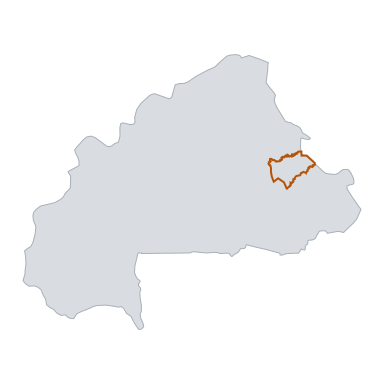 Komonjdjari, Komondjari, Burkina Faso (highlighted)
{"feature_id": "67063806B37049013397139", "entity_name": "Komonjdjari", "entity_type": "district", "adm_level": 2, "iso_a3": "BFA", "parent_name": "Burkina Faso", "parent_adm1": "Komondjari", "projection": "robinson", "projection_center": [0.756, 12.703], "detail": "fine", "context": "in_parent", "style": "outline", "palette": "amber", "viewbox_px": 384, "rotation_deg": 0, "n_neighbors": 0, "source": "geoboundaries", "source_scale": "gbopen_adm2", "svg_char_len": 7726}
<svg xmlns="http://www.w3.org/2000/svg" viewBox="0 0 384 384"><path d="M297.5,253.1L286.5,253.6L282.5,255.0L280.1,255.0L280.0,253.9L279.7,253.2L265.8,249.4L256.1,247.2L246.2,244.7L245.7,247.0L244.3,248.5L242.1,248.7L240.7,248.3L239.7,250.1L238.0,252.5L235.7,253.6L233.5,255.1L232.2,256.4L231.3,256.4L229.1,253.4L226.1,253.1L220.5,253.6L218.0,252.7L214.5,252.3L206.4,253.0L193.4,251.7L191.3,252.4L190.7,252.9L177.9,253.1L163.7,253.2L151.9,253.4L141.5,253.5L141.5,253.0L138.2,252.9L137.8,253.9L134.9,266.0L134.5,272.6L136.1,276.7L137.8,279.3L139.8,280.4L140.0,281.9L138.4,283.8L138.5,285.7L140.3,287.7L140.8,289.9L139.8,292.1L140.1,297.4L141.4,305.8L141.4,311.3L140.1,313.8L140.7,318.0L143.3,324.1L143.7,326.6L142.8,327.8L140.7,329.4L138.5,329.3L136.1,325.7L135.0,324.0L132.9,320.3L131.2,316.6L128.9,315.0L126.7,313.5L123.9,308.8L121.2,306.5L118.4,307.2L114.3,306.3L105.9,305.1L97.0,305.5L93.2,306.5L89.6,308.3L80.3,312.0L76.6,313.9L73.8,318.6L70.6,318.5L67.5,317.0L65.5,314.9L61.2,315.4L57.1,313.3L53.2,309.1L50.3,307.8L46.6,304.8L45.6,299.2L43.2,295.2L41.1,289.7L37.9,287.2L34.2,285.9L29.0,286.2L25.7,284.0L23.0,280.7L23.8,277.9L25.0,274.0L25.1,270.1L26.0,263.9L25.5,256.2L24.6,250.8L27.5,248.5L30.8,246.5L32.8,242.8L35.0,234.6L35.9,227.4L35.3,224.8L34.2,222.7L33.3,219.6L32.9,215.9L33.5,212.6L36.0,209.5L39.1,207.0L41.3,205.8L47.1,204.5L54.5,202.7L58.7,200.5L61.8,198.4L63.5,196.7L65.2,193.2L68.1,190.5L70.3,187.8L70.6,180.2L70.6,175.9L69.0,173.6L68.1,171.5L79.0,165.6L79.1,161.5L77.6,156.8L75.5,153.1L74.7,149.8L77.7,146.0L80.4,143.2L82.3,140.7L86.6,137.0L91.0,136.1L95.0,137.5L106.8,146.2L108.9,146.7L111.3,146.1L114.4,143.8L118.5,142.0L120.0,136.1L119.9,127.5L120.8,123.6L123.0,122.9L129.8,124.5L131.5,124.6L133.5,124.1L134.9,122.6L134.9,119.8L134.6,117.4L136.8,109.4L140.9,103.4L149.1,95.9L151.6,94.4L154.6,93.7L169.2,98.8L171.6,97.5L175.2,84.8L179.2,83.6L184.0,83.4L187.1,82.3L188.7,81.4L195.6,76.6L207.9,70.0L214.5,67.2L215.8,66.1L220.6,61.4L226.8,56.1L230.8,55.0L236.4,54.6L239.9,55.5L240.8,57.0L241.9,57.8L249.1,55.5L259.5,59.1L268.4,62.7L267.8,65.0L267.8,69.0L267.0,75.3L266.1,82.8L269.8,87.7L274.2,93.0L275.4,95.1L274.2,100.2L275.0,103.3L277.4,108.4L281.4,114.8L285.4,121.4L288.3,122.3L291.0,122.8L292.6,124.0L295.0,125.2L297.3,125.9L299.4,127.4L300.7,128.8L302.5,132.9L307.1,135.6L310.3,138.2L309.0,139.6L305.0,139.0L301.2,137.9L300.7,139.8L300.5,147.3L301.2,153.6L302.0,154.4L305.8,155.6L314.9,163.7L323.0,171.3L325.8,173.3L330.3,174.1L335.4,174.4L337.5,173.7L342.4,169.8L345.1,169.4L347.5,169.5L348.8,170.1L351.1,173.3L353.3,178.0L354.0,181.6L353.8,183.4L353.0,184.2L349.0,185.1L347.3,185.8L346.8,186.8L347.4,189.2L348.2,190.7L352.6,197.6L359.0,206.8L361.0,209.2L359.9,212.0L356.6,219.2L354.2,222.2L343.6,232.5L338.3,231.3L327.3,233.3L325.7,231.0L323.1,230.7L319.9,231.1L318.8,232.0L318.4,233.0L317.3,234.4L315.3,238.5L313.7,239.5L311.7,240.1L309.3,240.1L307.9,240.6L307.9,242.6L307.5,244.3L305.9,245.2L305.2,247.2L305.3,249.1L304.4,250.0L302.3,249.5L301.1,249.0L299.9,251.5L298.5,253.2L297.5,253.1Z" fill="#d9dde1" stroke="#a8b0b8" stroke-width="1"/><path d="M273.8,181.7L278.1,178.3L284.0,182.4L286.7,188.6L286.8,188.7L287.0,188.7L287.1,188.4L287.0,188.2L287.3,188.1L287.5,188.0L287.7,187.8L287.9,187.6L288.1,187.4L288.3,187.3L288.5,187.3L288.7,187.2L288.8,187.0L288.9,186.9L289.0,186.7L289.3,186.5L289.5,186.0L289.7,185.9L290.0,185.6L290.3,185.7L290.4,185.1L290.5,185.1L290.5,184.9L290.5,184.7L290.5,184.4L290.5,184.2L290.7,184.5L290.8,184.5L290.9,184.3L290.8,183.8L290.8,183.7L291.1,183.7L291.2,183.1L291.3,183.2L291.8,183.1L292.1,182.8L292.1,182.6L292.2,182.2L292.3,182.1L292.6,182.1L292.7,182.3L292.9,182.2L293.0,182.1L293.1,181.9L293.1,181.5L293.3,181.5L293.4,181.4L293.4,181.0L293.5,180.2L293.4,179.9L293.3,179.7L293.3,179.4L293.3,179.2L293.7,179.1L294.1,179.2L294.7,179.1L294.7,178.4L294.8,178.1L294.9,177.9L295.0,177.7L295.3,177.3L295.4,176.9L295.6,176.7L296.3,176.1L296.7,175.9L297.5,175.8L298.5,175.5L299.2,175.5L300.1,175.2L300.4,174.9L300.6,173.9L300.8,173.3L300.9,173.1L301.3,172.9L301.5,172.8L301.6,173.0L302.3,172.5L302.5,172.4L302.8,172.4L303.2,172.2L303.5,171.9L305.6,172.7L305.7,172.8L305.7,172.7L306.0,172.7L306.4,172.3L306.5,172.2L306.6,171.9L306.7,171.7L306.8,171.6L307.1,171.4L307.3,171.3L307.3,171.2L307.5,171.1L307.5,170.8L307.4,170.5L307.5,169.7L307.9,169.5L308.0,169.6L308.2,169.2L308.3,169.1L308.2,169.1L308.2,168.9L308.3,168.7L308.5,168.6L308.5,168.4L308.5,168.1L308.4,168.0L308.4,167.8L308.4,167.6L308.5,167.5L308.6,167.3L308.9,167.3L309.0,167.2L309.3,167.0L309.6,167.0L309.7,166.8L309.9,166.9L310.0,166.8L310.1,166.7L310.4,166.6L310.5,166.4L311.0,166.6L311.3,166.7L311.6,166.5L311.8,166.5L312.1,166.8L312.3,166.8L312.5,166.9L312.6,166.7L312.5,166.1L312.8,166.0L313.2,165.9L313.5,165.7L313.5,165.4L313.7,165.5L313.6,165.4L313.8,165.4L313.8,165.2L314.0,165.1L314.2,164.8L314.3,164.8L314.4,164.7L314.6,164.5L314.9,164.5L315.0,164.5L315.0,164.2L314.9,164.0L314.9,163.9L314.8,163.6L314.9,163.4L315.0,163.4L315.1,163.5L314.6,162.8L314.2,162.5L313.4,161.7L306.7,155.6L301.6,155.6L301.4,152.7L301.4,151.5L301.2,151.5L300.7,151.5L300.4,151.5L300.1,151.6L299.9,151.5L299.4,151.6L299.2,151.5L298.8,151.7L298.6,151.6L298.2,151.8L298.1,152.0L297.9,152.2L297.7,152.2L297.6,152.4L297.6,152.5L297.4,152.6L297.4,152.8L297.1,152.9L297.1,153.1L296.9,153.0L296.8,152.9L296.7,152.9L296.7,153.0L296.8,153.5L296.7,153.6L296.5,153.8L296.2,153.9L295.9,153.9L295.7,153.8L295.7,153.6L295.4,153.6L295.2,153.5L294.9,153.6L294.8,153.8L294.7,153.9L294.7,154.1L294.8,154.3L295.0,154.4L295.1,154.6L295.0,154.9L294.9,154.9L294.6,155.0L294.4,155.1L294.3,155.3L294.0,155.3L293.9,155.4L293.8,155.5L293.7,155.4L293.6,155.5L293.5,155.3L293.4,155.4L293.3,155.2L293.1,155.2L293.0,154.9L292.9,154.8L293.0,154.7L292.8,154.3L292.6,154.3L292.4,154.3L292.4,154.5L292.3,154.4L292.0,154.4L292.0,154.6L292.0,155.0L292.1,155.3L292.2,155.6L292.2,155.8L292.3,156.0L292.2,156.3L292.0,156.5L291.8,156.6L291.6,156.4L290.8,156.0L290.5,155.9L290.4,155.9L290.3,156.0L290.1,156.1L289.9,156.3L289.6,156.4L289.3,156.4L289.3,156.5L289.1,156.5L289.0,156.4L288.9,156.4L288.7,156.4L288.6,156.2L288.4,156.1L288.4,155.9L288.5,155.6L288.5,155.4L288.4,155.3L288.1,155.5L288.0,155.4L287.9,155.5L287.8,155.4L287.8,155.6L287.7,155.9L287.8,156.1L287.8,156.3L287.7,156.4L287.5,156.5L287.0,156.6L286.9,156.6L286.9,156.3L286.8,156.2L286.8,155.9L286.7,155.6L286.6,155.4L286.3,155.3L286.1,155.3L286.0,155.6L286.0,155.8L285.9,155.9L285.6,155.8L285.2,155.9L285.1,156.0L285.1,156.3L284.9,156.3L284.9,156.5L284.7,156.8L284.5,157.0L284.4,157.1L284.2,157.2L284.3,157.3L284.1,157.5L283.9,157.4L283.7,157.2L283.4,157.0L283.2,157.0L282.8,156.9L282.6,156.9L282.4,156.9L282.0,157.2L282.0,157.3L281.9,157.4L281.9,157.6L281.7,157.7L281.8,157.8L281.7,158.0L281.8,158.3L281.7,158.3L281.6,158.5L281.8,159.1L282.0,159.3L282.0,159.6L281.8,159.7L281.7,159.7L281.6,159.8L281.4,159.8L281.3,160.0L281.1,159.9L280.7,159.7L280.2,159.8L280.0,160.0L280.1,160.5L280.0,161.1L279.8,161.2L279.7,161.2L279.4,161.2L279.2,161.2L277.9,161.5L277.7,161.5L277.2,161.2L276.8,161.2L276.4,161.5L276.0,161.6L275.8,161.5L275.7,161.4L274.4,160.1L274.1,160.0L273.8,159.9L273.4,160.1L273.0,160.1L272.8,160.1L272.4,159.8L272.1,159.4L271.7,159.1L271.1,158.9L270.5,158.8L270.1,158.9L270.1,159.4L270.0,160.0L269.9,160.2L270.0,160.6L270.3,160.8L270.5,161.0L270.4,161.3L270.5,161.4L270.6,161.6L269.5,162.6L269.0,163.0L268.9,162.9L268.9,163.0L268.8,163.3L268.7,163.3L268.5,163.6L268.7,163.9L268.8,164.0L268.9,164.5L269.2,164.7L269.4,165.0L269.5,165.1L269.5,164.9L270.1,165.0L270.3,165.3L270.4,165.5L271.0,168.3L271.0,169.1L270.9,170.1L270.9,170.8L271.1,172.0L271.2,173.5L271.7,175.9L271.7,176.4L271.8,176.7L272.1,177.3L272.4,178.1L273.0,179.9L273.8,181.7Z" fill="none" stroke="#b45309" stroke-width="2"/></svg>